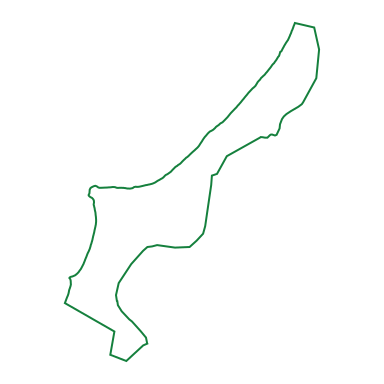 outline of Choc, Castries, Saint Lucia
{"feature_id": "8701671B12567928056648", "entity_name": "Choc", "entity_type": "district", "adm_level": 2, "iso_a3": "LCA", "parent_name": "Saint Lucia", "parent_adm1": "Castries", "projection": "natural_earth1", "projection_center": [-60.976, 14.031], "detail": "fine", "context": "isolated", "style": "outline", "palette": "green", "viewbox_px": 384, "rotation_deg": 0, "n_neighbors": 0, "source": "geoboundaries", "source_scale": "gbopen_adm2", "svg_char_len": 5864}
<svg xmlns="http://www.w3.org/2000/svg" viewBox="0 0 384 384"><path d="M294.9,23.0L294.8,23.4L294.5,24.0L294.4,24.4L294.1,25.1L293.9,25.6L293.7,26.0L293.5,26.5L293.2,27.6L293.0,28.0L292.6,29.1L292.5,29.4L292.3,29.9L291.8,30.8L291.4,32.0L291.3,32.4L291.1,32.9L290.8,33.7L290.6,34.0L290.4,34.5L290.2,34.8L290.0,35.6L289.5,36.6L289.3,37.1L289.1,37.6L288.8,38.2L288.4,39.1L288.2,39.5L288.0,40.0L287.4,40.8L287.0,41.4L286.1,42.7L285.6,43.5L285.4,43.9L284.9,44.7L284.3,45.7L283.9,46.4L283.7,46.9L283.4,47.4L283.1,47.9L282.4,49.2L282.1,49.9L281.9,50.2L281.3,51.4L280.3,51.8L279.2,55.5L279.0,55.9L278.7,56.3L278.2,56.8L277.8,57.4L277.6,57.8L277.4,58.1L277.0,58.8L276.5,59.6L276.2,60.1L275.9,60.5L275.6,60.9L275.2,61.4L274.3,62.7L274.1,63.1L273.8,63.4L273.4,63.7L272.2,65.0L271.7,65.8L271.4,66.2L271.2,66.5L270.9,67.0L270.4,67.6L269.9,68.3L269.4,68.8L269.2,69.2L268.7,69.7L268.0,70.7L267.8,70.9L267.5,71.3L267.2,71.6L266.8,72.2L265.9,73.1L265.4,73.8L265.1,74.2L264.3,75.1L263.9,75.4L263.0,76.2L262.7,76.5L262.0,77.2L261.6,77.5L261.4,77.7L261.1,78.0L260.8,78.4L260.6,78.7L260.3,79.2L259.8,79.9L259.2,80.4L258.9,80.7L257.6,82.2L256.9,83.5L255.9,85.1L255.5,85.8L255.1,86.2L254.6,86.7L253.4,87.8L253.1,88.0L252.7,88.3L252.4,88.6L251.4,89.7L251.1,90.0L249.9,91.3L249.5,91.7L249.2,92.1L248.8,92.4L246.6,95.2L246.3,95.5L245.8,96.1L245.3,96.7L244.8,97.3L244.3,97.9L244.0,98.4L242.5,100.1L242.2,100.5L241.8,101.0L240.7,102.4L239.6,103.6L238.8,104.6L238.3,105.1L238.0,105.3L237.6,105.8L237.3,106.2L237.1,106.5L236.8,106.8L236.2,107.6L235.6,108.1L230.7,113.2L227.5,117.2L224.6,120.2L222.5,122.3L220.4,123.4L218.5,125.2L217.3,125.9L217.0,126.2L216.1,126.8L215.5,127.5L215.0,128.1L214.6,128.5L214.3,128.7L214.0,129.0L213.7,129.3L213.4,129.6L212.1,130.4L211.6,130.7L211.0,131.0L210.1,131.4L209.8,131.6L208.8,132.5L207.7,133.6L207.4,134.0L206.8,134.7L206.0,135.7L205.6,136.1L204.7,137.1L204.3,137.7L204.0,138.1L203.6,138.6L203.3,139.1L203.0,139.6L202.5,140.3L202.1,141.1L201.7,141.7L201.4,142.1L201.2,142.4L200.0,144.2L199.7,144.7L199.5,145.0L199.1,145.7L197.6,147.5L196.4,148.6L196.2,148.8L195.7,149.2L195.3,149.6L194.8,150.1L194.6,150.3L194.1,150.7L193.3,151.4L192.5,152.1L191.0,153.5L190.4,154.1L189.8,154.6L189.4,155.1L188.9,155.6L188.0,156.4L187.5,156.9L187.2,157.1L186.3,157.6L184.6,159.3L184.0,159.8L183.7,160.1L182.9,160.9L182.2,161.6L181.9,161.9L181.6,162.3L181.3,162.6L180.4,163.5L179.8,164.0L179.3,164.3L179.0,164.5L178.4,164.8L178.0,165.1L177.6,165.5L177.2,165.9L176.5,166.2L176.1,166.5L175.3,167.1L175.0,167.3L174.5,167.9L173.6,168.8L172.9,169.5L172.6,169.8L171.6,170.9L171.1,171.5L170.5,172.0L170.2,172.2L169.1,173.0L168.4,173.5L167.7,174.0L167.2,174.3L165.9,174.9L165.5,175.2L165.2,175.5L164.8,175.8L164.5,176.2L164.1,176.7L163.8,176.9L163.3,177.5L162.7,177.9L162.4,178.2L162.0,178.4L161.4,178.7L160.7,179.1L160.2,179.4L159.9,179.6L159.2,180.0L158.0,180.6L157.5,180.9L156.6,181.5L156.3,181.7L155.3,182.4L154.0,183.0L153.6,183.2L152.3,183.7L151.6,183.9L150.8,184.1L150.4,184.2L149.2,184.5L148.9,184.5L146.9,185.0L146.1,185.1L145.5,185.2L145.2,185.3L142.4,186.0L140.7,186.4L139.3,186.7L137.7,186.9L136.6,186.9L135.9,186.7L134.9,186.9L134.1,187.1L133.7,187.3L133.1,187.8L132.7,188.0L132.3,188.2L131.2,188.4L130.1,188.6L129.7,188.6L128.1,188.5L127.3,188.5L126.8,188.4L126.1,188.3L125.4,188.1L124.1,188.0L123.8,187.9L123.0,187.9L121.7,187.8L120.4,187.8L119.9,187.8L119.3,187.8L118.6,187.9L118.1,187.9L117.2,187.9L115.9,187.5L115.2,187.2L114.5,187.1L112.9,187.0L112.1,187.1L111.4,187.2L110.4,187.3L108.9,187.4L108.3,187.4L107.6,187.5L106.9,187.5L106.2,187.6L105.4,187.6L104.8,187.6L103.8,187.7L103.3,187.7L100.8,187.8L99.4,187.8L99.0,187.7L98.2,187.4L97.4,186.8L96.7,186.3L95.6,185.9L95.2,185.8L94.9,185.9L94.1,186.1L93.3,186.4L92.6,186.8L91.7,187.2L91.4,187.4L90.5,188.1L89.7,189.7L89.6,191.0L89.5,192.4L89.4,193.5L88.9,194.3L88.6,195.1L88.8,195.7L89.3,196.2L89.6,196.5L90.5,197.2L91.2,197.5L91.6,197.7L92.1,198.0L93.0,199.0L93.5,199.7L93.9,200.8L94.0,202.6L93.9,203.1L93.8,203.6L93.7,204.3L93.7,204.9L93.9,205.5L94.1,206.1L94.2,206.8L94.3,207.2L94.5,207.8L94.6,208.3L94.7,209.0L94.8,209.7L94.9,210.3L95.3,211.9L95.4,212.4L95.5,213.2L95.6,214.5L95.7,215.4L95.9,216.8L96.0,218.2L96.1,219.5L96.1,222.0L96.0,222.6L95.9,223.8L95.8,224.8L95.6,225.5L95.5,226.1L95.4,226.7L95.2,227.5L95.0,228.4L94.9,228.9L94.7,229.6L94.5,230.6L94.2,232.3L93.7,234.2L93.5,235.1L93.2,236.1L93.0,237.1L92.7,238.4L92.4,239.9L92.2,240.5L92.0,241.4L91.8,241.8L91.6,242.7L91.3,243.7L90.8,245.0L90.5,246.4L90.0,248.0L89.7,249.0L89.2,250.1L88.9,250.9L88.3,252.1L87.9,252.9L87.6,253.5L87.1,254.8L86.8,255.6L86.3,257.0L86.0,257.6L85.5,258.9L85.2,259.5L84.9,260.5L84.6,261.2L84.3,262.0L84.0,262.6L83.6,263.8L82.7,265.5L82.2,266.5L81.6,267.6L81.2,268.4L80.8,269.1L79.5,270.8L79.2,271.2L78.9,271.8L78.6,272.1L77.7,273.1L77.0,273.8L76.2,274.4L75.4,275.2L75.0,275.3L74.0,275.8L73.4,276.1L72.8,276.3L72.0,276.6L71.2,276.7L70.5,277.0L69.8,277.4L69.4,278.0L69.8,278.5L70.2,279.0L70.4,279.6L70.7,280.8L70.8,283.3L70.9,284.4L70.5,286.2L70.1,287.4L69.8,288.4L69.4,289.4L69.1,290.5L69.0,290.9L68.8,292.2L68.7,292.6L68.5,293.5L68.3,294.2L68.1,294.8L67.7,295.9L67.2,297.0L66.8,298.0L66.3,299.3L65.8,300.7L65.2,302.3L64.9,303.1L114.4,331.5L110.3,354.8L126.3,361.0L143.2,345.4L147.3,343.6L147.1,343.1L146.0,337.6L140.7,331.2L131.9,321.4L129.3,319.4L121.7,311.3L117.9,305.2L117.3,301.1L116.9,301.0L116.0,295.1L118.7,283.1L131.2,264.1L143.1,250.8L147.4,247.0L152.2,246.4L157.1,245.1L175.0,247.6L189.6,247.0L196.6,240.7L203.1,233.7L205.2,226.1L207.4,210.9L211.2,185.0L211.9,175.6L217.0,173.9L226.8,156.2L260.2,137.5L260.6,137.1L262.6,137.2L265.1,137.7L267.4,137.7L269.9,135.2L270.8,134.6L272.0,134.5L275.0,135.5L276.6,134.8L279.6,128.4L280.0,124.3L282.0,119.1L283.8,116.5L286.4,114.1L291.1,111.0L298.3,106.8L301.8,104.2L303.1,102.3L316.3,78.2L319.1,49.5L314.2,27.5L294.9,23.0Z" fill="none" stroke="#15803d" stroke-width="2"/></svg>